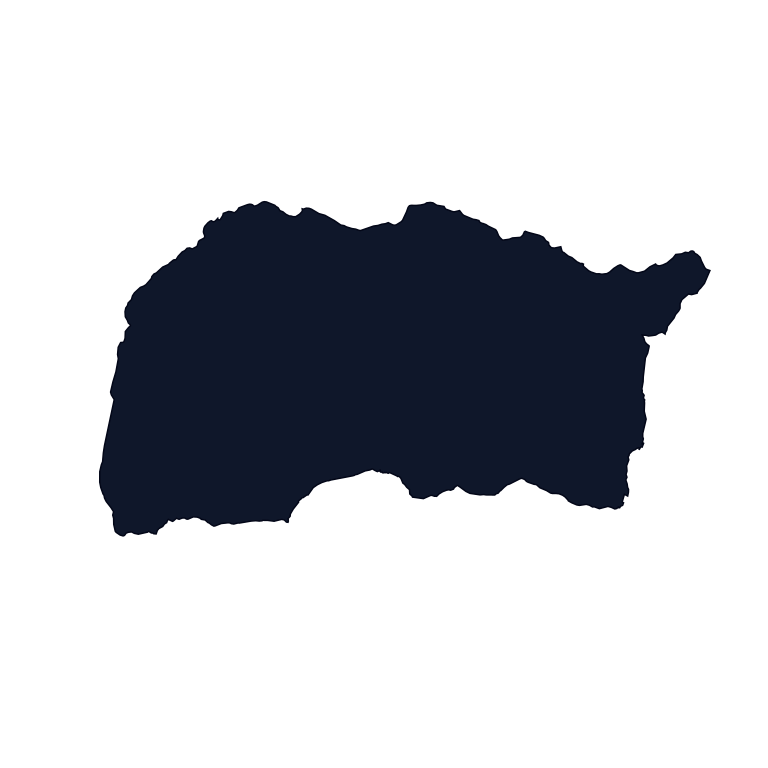 Mateesti, Vâlcea, Romania (Natural Earth projection), rotated 112°
{"feature_id": "2599482B65996963164796", "entity_name": "Mateesti", "entity_type": "district", "adm_level": 2, "iso_a3": "ROU", "parent_name": "Romania", "parent_adm1": "Vâlcea", "projection": "natural_earth1", "projection_center": [23.859, 45.065], "detail": "fine", "context": "isolated", "style": "filled", "palette": "ink", "viewbox_px": 768, "rotation_deg": 112, "n_neighbors": 0, "source": "geoboundaries", "source_scale": "gbopen_adm2", "svg_char_len": 6171}
<svg xmlns="http://www.w3.org/2000/svg" viewBox="0 0 768 768"><g transform="rotate(112 384 384)"><path d="M615.4,582.0L621.2,578.0L621.9,576.7L622.9,572.1L622.6,569.0L621.6,567.9L618.8,567.2L617.2,565.4L615.7,562.6L616.0,559.6L615.3,555.5L609.9,547.7L608.7,547.0L609.3,543.9L608.8,542.7L609.1,541.5L608.4,539.1L604.7,539.3L602.4,538.6L599.0,535.8L596.0,535.1L594.0,533.6L591.8,533.7L590.3,533.2L590.6,528.7L589.9,528.0L586.3,526.2L586.2,523.3L583.9,520.9L582.9,518.7L583.2,516.5L582.8,515.2L578.6,511.0L577.4,507.4L577.3,504.5L577.9,502.7L577.1,498.9L578.4,495.4L578.4,493.8L579.2,491.2L579.5,488.5L578.8,487.4L574.3,482.6L571.1,476.6L570.5,474.6L570.7,473.3L570.1,470.8L567.6,467.4L567.1,466.0L560.9,455.9L558.8,451.7L557.8,448.3L556.5,445.8L555.8,445.3L555.0,443.2L554.0,440.6L552.4,434.5L547.8,428.1L547.4,425.5L548.6,422.8L548.2,421.2L547.0,421.3L544.6,422.5L541.9,421.5L539.5,422.1L533.9,421.3L525.6,418.9L524.5,419.5L521.5,417.8L520.4,417.6L519.7,416.5L515.7,413.9L515.4,412.9L506.6,410.8L502.3,408.0L498.6,404.7L495.1,400.6L494.4,399.0L492.9,397.3L480.9,378.7L479.8,377.3L478.9,376.7L477.7,374.9L471.6,368.9L469.0,364.9L467.1,363.1L467.6,359.6L467.7,357.3L466.5,356.2L466.4,355.1L465.6,355.6L465.3,355.3L465.7,354.9L466.6,354.8L466.9,354.2L466.4,352.5L466.8,352.2L466.8,351.7L466.2,350.5L465.7,350.3L465.7,349.3L465.2,348.8L465.2,346.7L464.0,345.5L464.4,337.4L464.7,336.9L464.1,335.6L464.2,334.9L465.2,332.9L468.8,329.4L469.4,327.2L471.2,324.3L472.4,320.8L476.3,318.9L477.4,316.0L478.2,315.2L475.5,304.5L469.9,299.1L469.3,297.8L469.2,295.3L468.4,293.1L465.3,291.8L461.9,289.3L459.1,286.3L457.9,284.5L457.5,282.4L455.4,280.2L453.6,280.0L450.7,278.2L450.5,277.7L451.0,275.2L452.9,267.8L453.2,263.3L450.8,253.4L449.1,250.1L448.6,247.9L445.4,239.7L444.0,239.1L442.3,237.2L440.1,236.6L439.0,235.8L434.8,234.0L431.3,232.1L429.7,230.1L420.9,222.4L419.8,221.0L419.8,217.8L420.9,215.4L421.1,213.6L420.8,207.4L420.2,205.0L421.8,200.6L421.9,193.4L422.7,188.7L422.4,186.9L421.1,183.7L420.2,180.6L420.2,176.7L420.9,173.7L422.7,169.9L423.3,169.3L423.8,165.5L423.9,159.9L423.3,157.3L419.8,151.4L419.4,148.1L419.9,144.6L419.1,143.1L418.9,137.6L413.6,130.5L413.2,127.1L413.4,123.2L412.2,121.5L410.3,120.7L410.3,120.4L410.8,119.9L410.4,119.1L408.8,118.9L407.1,117.3L404.4,117.4L404.3,118.9L396.2,119.8L396.6,116.1L392.8,116.8L390.1,117.8L388.6,119.4L385.6,121.1L382.3,123.9L379.4,123.8L377.2,125.7L373.7,126.1L369.0,128.4L362.7,128.6L360.1,130.4L358.6,130.0L357.0,130.4L353.0,128.7L350.3,126.2L349.2,125.7L347.6,123.9L347.8,123.3L348.9,123.1L348.9,122.8L346.5,122.4L345.9,121.8L345.8,121.0L341.1,121.1L342.6,121.8L342.8,122.3L337.7,123.0L335.9,124.4L332.8,125.6L318.4,127.8L311.8,132.5L304.0,135.3L302.1,136.3L301.1,136.3L300.4,137.6L299.4,138.3L297.0,138.6L295.2,141.6L293.5,142.0L291.9,143.1L284.9,144.6L280.2,146.3L261.9,151.4L256.5,151.1L250.0,152.2L249.3,152.5L248.4,155.7L247.0,158.1L244.2,160.2L241.9,163.0L240.7,159.2L240.4,156.7L238.2,152.7L236.8,150.4L234.0,148.4L232.0,146.0L231.8,144.8L232.4,142.1L231.1,142.4L228.1,142.0L224.3,142.8L214.2,139.8L210.4,139.7L205.9,138.2L203.9,137.9L202.8,137.9L198.6,139.6L194.2,139.4L186.5,135.4L185.9,132.3L182.5,127.7L181.7,127.9L178.3,127.3L176.8,126.5L170.7,124.6L156.7,124.3L156.9,127.9L156.6,129.0L155.8,130.4L151.0,135.8L148.2,138.3L146.7,142.1L146.4,144.8L145.2,146.4L145.1,147.6L145.4,148.5L146.1,149.5L148.2,150.7L149.0,154.0L151.8,156.7L154.6,162.0L158.8,163.2L165.8,166.9L169.2,170.1L171.2,172.7L171.6,173.9L171.7,175.4L171.5,176.5L171.0,177.1L175.7,181.3L181.8,184.7L185.5,189.6L186.3,191.4L186.4,195.2L186.8,198.9L184.9,208.9L185.1,209.7L186.7,211.4L190.8,214.3L195.7,216.7L198.1,218.6L200.6,223.1L201.2,225.8L202.3,228.4L202.6,234.2L202.3,236.8L200.2,243.0L199.4,243.7L198.1,244.0L198.0,245.4L198.8,247.5L198.5,248.9L198.5,250.5L196.4,257.2L196.4,261.0L194.7,266.6L194.8,267.8L193.7,269.1L190.5,271.5L194.0,276.7L194.7,278.8L194.8,280.3L193.4,283.1L191.1,284.5L190.5,287.8L188.8,290.2L188.2,291.5L188.0,295.8L189.4,306.8L189.5,310.2L190.3,310.8L194.1,311.0L196.9,312.4L200.5,319.7L202.8,322.0L206.2,327.9L204.9,331.2L203.6,333.3L200.3,336.5L199.1,338.3L198.6,346.3L198.0,349.2L198.1,352.7L198.4,353.1L198.2,354.8L198.1,355.8L196.9,357.2L197.2,360.3L197.9,363.2L197.8,373.1L197.3,374.8L194.9,378.9L197.6,382.7L198.2,383.7L198.5,385.6L198.7,392.5L196.9,394.9L198.5,402.0L197.7,406.4L198.3,409.0L200.0,412.2L202.1,413.8L204.4,417.2L206.4,421.1L208.2,425.8L209.2,427.2L211.2,427.8L215.9,427.6L225.2,428.1L227.1,428.8L231.9,432.3L232.9,433.9L233.2,435.6L232.8,440.5L234.9,442.8L236.6,445.8L239.2,448.9L241.5,452.9L250.5,463.2L250.9,464.8L251.0,468.2L251.9,472.0L252.4,477.7L252.1,480.3L252.8,483.6L251.1,491.2L249.7,502.0L250.4,508.2L249.1,516.8L249.2,519.4L250.1,522.0L252.1,524.3L252.2,525.5L253.8,524.6L255.2,524.7L258.2,525.9L262.0,528.6L262.9,530.9L263.1,533.1L263.7,534.6L263.4,538.4L262.2,542.3L262.3,545.4L260.2,548.3L259.8,550.8L259.2,552.2L259.2,561.1L259.8,563.3L261.0,565.0L265.6,568.3L267.3,570.2L267.7,571.3L267.1,573.1L267.2,574.6L267.7,576.1L268.9,577.8L275.0,584.5L277.8,585.0L280.7,586.4L281.3,587.3L281.5,590.1L282.2,592.7L286.0,596.9L288.2,596.6L292.9,597.4L293.5,598.0L293.8,599.5L292.7,600.2L295.9,601.4L297.0,602.2L297.6,603.4L297.3,605.2L298.1,606.2L300.4,607.6L304.9,609.2L306.9,609.3L310.1,608.6L311.3,608.0L313.8,605.7L315.2,605.3L316.4,605.7L320.0,608.8L321.3,609.3L325.7,608.9L326.7,609.1L330.6,612.4L330.6,615.1L331.9,617.4L334.9,618.6L337.2,620.6L342.7,622.7L346.7,623.4L347.5,625.2L348.3,625.9L352.3,628.1L353.9,628.6L358.5,633.0L366.3,636.7L368.2,638.5L371.3,639.5L373.3,639.2L381.1,641.9L383.4,643.6L385.7,646.1L392.9,649.5L396.4,650.2L400.4,649.8L404.7,651.6L407.3,651.2L410.3,651.9L414.0,651.2L418.6,649.0L421.0,645.9L423.2,643.9L424.1,641.5L425.0,640.9L427.3,642.0L432.2,643.5L438.6,641.2L442.0,641.0L442.9,641.2L444.2,643.7L449.5,644.2L456.4,642.1L460.1,639.8L473.2,637.1L483.6,636.1L493.9,634.5L496.2,632.7L499.5,628.3L545.8,620.1L553.0,618.4L561.4,615.8L564.8,615.8L571.7,614.7L581.5,610.8L586.1,607.8L591.2,603.3L592.2,601.8L594.3,600.5L595.9,598.8L597.0,597.5L600.9,590.8L603.7,586.9L607.2,586.4L609.8,584.4L615.4,582.0Z" fill="#0f172a" stroke="#020617" stroke-width="1.5"/></g></svg>